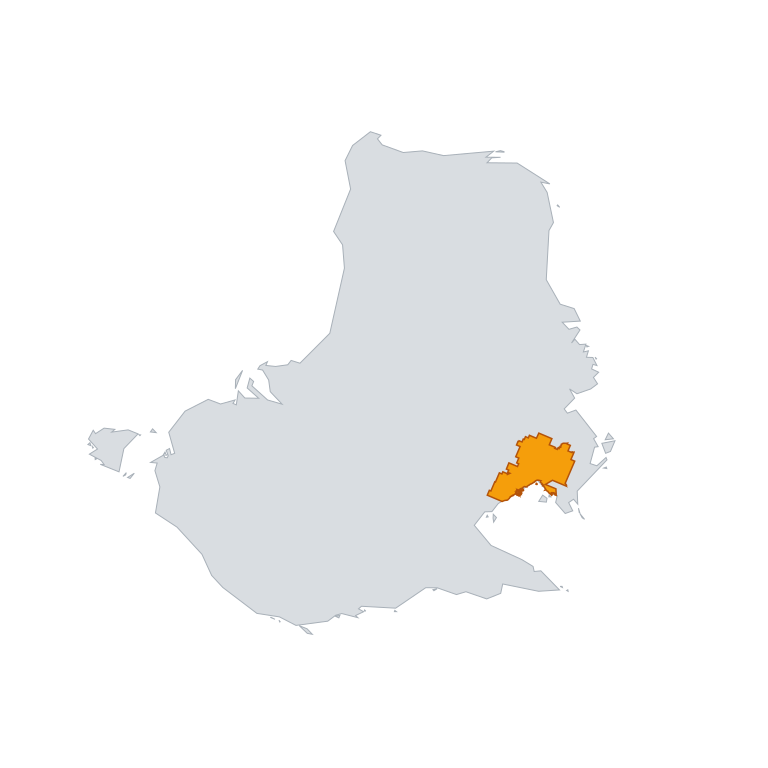 Roper Gulf, Northern Territory, Australia (highlighted), rotated 113°
{"feature_id": "25037944B80645640934935", "entity_name": "Roper Gulf", "entity_type": "district", "adm_level": 2, "iso_a3": "AUS", "parent_name": "Australia", "parent_adm1": "Northern Territory", "projection": "robinson", "projection_center": [136.103, -15.306], "detail": "fine", "context": "in_parent", "style": "filled", "palette": "amber", "viewbox_px": 768, "rotation_deg": 113, "n_neighbors": 0, "source": "geoboundaries", "source_scale": "gbopen_adm2", "svg_char_len": 9337}
<svg xmlns="http://www.w3.org/2000/svg" viewBox="0 0 768 768"><g transform="rotate(113 384 384)"><path d="M514.4,160.7L521.7,196.6L531.1,194.8L541.7,205.5L543.2,227.4L549.5,235.0L550.8,255.4L555.2,266.0L585.8,285.7L597.4,317.9L600.9,319.6L601.6,313.8L608.2,319.7L609.3,316.8L611.8,333.2L615.7,338.1L624.3,343.1L640.6,370.7L639.2,389.2L644.8,411.4L634.3,452.8L627.6,467.8L611.9,485.0L596.6,518.7L592.0,544.0L566.3,550.1L553.3,561.0L545.4,561.9L547.4,568.2L535.5,559.1L537.3,557.0L536.6,554.7L534.3,554.6L530.1,558.6L527.2,556.2L532.3,552.4L529.6,549.6L512.5,563.3L486.7,556.5L466.8,539.8L466.3,526.7L456.9,514.9L460.9,515.4L460.9,511.8L447.2,515.4L451.3,506.6L446.1,493.8L441.1,508.4L431.0,509.8L432.6,505.0L437.3,504.9L444.2,484.9L442.4,469.9L435.5,485.7L425.4,491.7L418.6,501.2L419.6,506.0L415.6,505.3L409.0,500.0L413.1,500.0L410.2,490.6L403.9,480.1L398.6,478.7L397.7,469.5L358.5,453.7L292.8,465.7L272.1,476.5L263.3,490.0L217.6,490.9L193.6,507.1L176.7,506.1L157.1,495.1L156.2,484.0L160.9,485.8L164.6,479.1L163.4,456.7L154.4,439.7L150.5,418.4L126.8,374.0L135.4,378.8L129.8,365.3L133.7,373.2L140.1,375.6L128.6,347.8L135.0,309.5L136.9,318.5L143.9,308.7L169.2,291.1L178.3,292.1L224.6,275.4L241.7,253.0L240.3,238.4L249.4,227.9L257.5,244.1L261.4,235.1L256.2,228.7L257.7,224.7L273.0,227.4L268.2,225.8L271.3,219.4L268.4,213.7L276.6,213.0L273.6,208.8L280.3,208.1L278.0,202.1L283.8,195.2L284.3,199.3L289.0,198.8L289.3,191.0L296.1,193.8L300.4,187.5L307.8,191.8L317.6,202.6L316.0,211.3L322.5,203.0L336.5,208.4L339.2,203.8L333.0,197.2L349.2,167.8L352.4,169.7L358.0,162.4L359.9,165.5L376.7,163.2L376.1,156.1L364.9,150.9L366.7,149.1L407.1,164.3L418.9,158.7L416.0,164.5L421.0,167.7L427.0,160.7L432.4,166.6L426.0,179.7L418.9,180.9L419.3,190.4L412.7,205.2L449.3,232.1L459.3,234.8L462.3,241.3L478.8,245.7L490.8,222.4L491.8,188.3L493.7,175.5L497.9,172.5L494.7,166.6L505.0,142.0L514.4,160.7ZM526.0,590.9L545.1,598.2L568.4,593.6L568.8,613.8L567.5,610.2L564.9,614.5L563.7,627.8L555.8,622.3L550.1,634.5L540.2,633.6L542.4,630.1L534.0,624.4L530.9,614.0L534.7,615.9L526.2,601.6L526.0,590.9ZM346.0,149.2L357.6,149.2L361.2,152.9L353.5,160.3L346.0,149.2ZM426.7,519.5L446.4,519.0L438.0,522.3L426.7,519.5ZM429.3,188.4L431.6,195.7L424.3,194.5L425.5,189.3L429.3,188.4ZM639.6,367.5L639.4,359.2L642.4,352.2L643.5,357.2L639.6,367.5ZM563.7,579.0L570.1,580.8L570.2,583.5L563.7,579.0ZM344.8,151.4L348.9,158.6L341.5,158.2L344.8,151.4ZM519.4,580.3L515.7,579.5L517.8,574.7L519.4,580.3ZM468.3,229.1L464.8,231.2L461.2,232.5L463.0,228.3L468.3,229.1ZM126.7,372.1L123.7,368.0L123.2,364.3L123.7,364.1L126.7,372.1ZM568.6,586.3L571.0,588.2L566.3,586.6L568.6,586.3ZM614.2,334.2L616.9,334.2L616.8,337.9L614.2,334.2ZM551.7,255.1L554.8,257.3L554.2,258.6L551.7,255.1ZM555.3,629.6L555.4,632.9L553.0,631.8L555.3,629.6ZM643.2,392.4L643.2,397.0L642.9,396.9L643.2,392.4ZM375.5,148.9L373.6,146.9L374.8,145.9L375.5,148.9ZM429.7,149.3L426.8,152.9L430.2,146.5L429.7,149.3ZM643.8,386.9L642.5,388.4L643.4,386.7L643.8,386.9ZM433.8,216.3L432.3,217.0L433.1,215.3L433.8,216.3ZM423.5,188.2L421.5,188.6L422.7,186.3L423.5,188.2ZM152.7,291.3L152.2,294.3L151.3,294.1L152.7,291.3ZM501.6,140.2L501.5,142.8L500.7,141.0L501.6,140.2ZM534.3,555.8L534.8,557.4L534.1,556.9L534.3,555.8ZM426.1,154.0L422.3,156.5L426.2,153.3L426.1,154.0ZM278.2,198.5L276.8,200.2L277.7,198.2L278.2,198.5ZM556.8,627.2L555.5,627.8L556.2,626.6L556.8,627.2ZM466.6,237.7L464.5,237.7L465.6,236.2L466.6,237.7ZM270.6,211.7L269.5,212.7L269.4,210.4L270.6,211.7ZM566.4,620.3L564.7,621.2L565.3,619.4L566.4,620.3ZM502.9,133.5L502.7,135.2L501.6,134.4L502.9,133.5ZM533.3,557.9L534.9,559.4L532.2,559.0L533.3,557.9ZM589.5,285.5L588.2,285.6L588.7,283.6L589.5,285.5ZM600.4,313.5L599.6,313.6L600.2,312.0L600.4,313.5ZM526.9,588.5L526.4,589.7L526.0,588.2L526.9,588.5Z" fill="#d9dde1" stroke="#a8b0b8" stroke-width="1"/><path d="M446.0,229.4L444.3,227.7L443.3,226.2L443.1,225.6L442.7,225.3L442.5,224.8L441.9,224.7L440.5,224.0L440.0,223.8L440.3,223.9L439.5,223.9L438.6,223.4L438.4,223.5L438.1,223.2L437.7,223.1L437.9,223.2L438.0,223.3L437.9,223.2L437.9,223.3L436.9,222.6L437.0,222.6L436.3,221.5L435.7,221.3L435.1,220.9L434.1,220.5L433.6,220.2L433.0,219.4L433.1,219.5L432.8,219.5L432.7,219.1L432.6,219.3L432.6,219.5L432.2,219.5L431.9,219.8L431.9,220.1L432.3,220.3L431.8,220.4L431.6,220.2L431.6,220.3L431.5,220.2L431.3,220.2L431.0,220.1L431.1,219.9L430.8,220.0L430.7,219.8L430.3,219.9L430.3,220.0L430.2,219.9L429.9,220.1L430.0,219.9L430.0,219.7L429.5,220.3L429.2,220.3L429.0,219.9L429.3,219.5L429.3,219.2L428.7,218.6L428.8,218.4L428.7,218.2L428.3,218.2L428.5,218.1L428.4,218.0L428.3,217.9L428.8,218.0L429.4,216.8L429.1,216.8L429.0,216.6L428.8,216.6L428.8,216.4L428.7,216.3L428.6,216.5L428.3,216.4L428.0,216.9L427.6,217.2L427.2,217.3L427.3,217.5L427.2,217.6L427.0,217.4L426.9,217.3L426.0,216.3L425.3,215.7L424.4,215.5L424.2,215.4L424.1,215.7L424.1,215.2L423.7,214.9L423.4,214.4L423.4,213.8L423.1,213.1L423.0,212.6L422.6,212.4L422.7,212.2L422.1,212.2L421.6,211.8L420.8,211.4L420.6,211.1L419.7,210.6L418.9,210.1L418.1,209.1L416.6,208.1L416.3,208.1L416.0,207.7L415.6,207.5L415.4,207.1L415.2,207.0L414.8,207.1L414.4,207.0L414.0,206.6L413.8,206.6L413.4,206.2L413.1,206.0L412.4,205.0L412.4,204.7L412.2,204.4L412.2,204.1L412.0,203.5L412.0,202.9L411.8,202.2L412.1,202.4L412.6,201.8L412.9,201.5L413.1,201.3L413.3,201.5L413.6,201.1L413.9,201.1L413.7,201.0L413.6,200.7L413.8,199.8L414.1,199.4L414.2,199.1L414.5,198.9L414.5,198.6L414.9,197.7L415.0,197.8L415.1,197.6L415.4,197.6L415.6,197.7L415.5,197.3L416.4,195.8L416.0,195.4L416.3,195.6L416.6,195.5L417.2,194.7L417.2,194.8L417.5,194.8L418.3,194.1L418.6,194.2L418.3,193.8L418.5,193.0L418.5,192.8L418.7,192.5L418.8,192.0L418.7,191.2L419.1,190.7L419.3,190.6L419.5,190.1L419.8,189.8L419.8,189.2L420.1,188.8L420.0,188.2L420.1,187.8L420.4,187.5L420.4,187.1L420.6,186.8L420.6,186.6L420.9,186.4L421.0,186.2L420.6,186.0L420.4,186.2L420.2,186.1L420.3,186.6L420.1,186.7L420.0,187.0L419.7,187.0L419.6,187.3L419.3,187.5L418.8,187.6L418.3,187.0L418.3,186.9L418.4,186.7L418.9,186.5L418.7,186.2L418.3,186.4L418.1,185.7L417.8,185.5L417.7,185.2L417.8,184.8L418.2,184.8L418.1,184.3L418.0,184.1L418.1,183.5L418.1,183.0L418.2,182.8L418.5,182.7L418.8,183.3L419.0,183.4L419.0,183.0L419.2,182.9L419.3,183.1L419.5,182.4L419.4,182.5L418.9,182.6L418.8,182.4L418.9,182.1L413.3,184.8L413.4,196.2L406.8,191.3L406.8,176.4L406.5,176.8L405.9,176.4L405.6,176.7L405.6,177.0L405.3,177.5L404.9,177.8L404.7,178.4L380.5,178.3L380.5,182.4L372.9,182.4L372.9,182.8L372.7,182.8L372.9,183.0L372.9,184.3L373.7,184.3L373.7,188.5L367.7,188.5L367.7,191.9L366.7,191.9L367.2,192.6L367.4,193.4L367.9,194.1L368.0,194.8L368.3,195.2L368.4,195.7L369.2,196.6L369.6,196.6L370.3,197.3L371.1,196.9L371.8,197.1L372.5,196.8L372.5,197.0L372.9,196.7L372.7,196.3L373.3,196.8L373.1,197.5L373.4,197.9L373.6,198.0L373.7,197.8L373.9,198.0L373.9,197.6L375.1,197.6L375.1,198.9L376.5,198.9L376.5,201.6L376.3,201.5L376.2,201.2L375.8,201.0L375.4,201.8L375.4,208.1L368.7,208.1L368.7,222.3L374.4,222.5L374.4,230.1L377.2,230.1L377.2,233.2L380.2,233.2L380.2,234.3L383.4,234.3L383.5,237.5L384.1,237.5L384.4,237.7L384.5,238.2L388.4,238.2L388.4,234.3L399.5,234.3L399.5,231.0L404.8,231.0L404.8,228.9L407.8,228.9L407.8,238.2L414.5,238.1L414.5,235.6L417.0,235.6L417.0,233.2L419.1,235.1L418.4,235.6L418.4,240.3L420.7,240.3L420.7,243.1L430.7,243.1L430.7,243.8L440.7,243.8L440.7,245.5L446.0,245.5L446.0,229.4ZM432.2,217.4L432.4,217.4L432.3,217.1L432.5,217.3L432.7,217.0L432.8,217.2L432.7,217.4L432.8,217.4L432.6,217.6L432.8,217.6L432.7,217.8L432.9,217.7L432.9,218.2L433.2,218.4L433.5,218.3L433.6,218.6L433.5,218.9L434.0,219.0L434.0,218.9L434.3,218.5L434.4,217.9L434.0,217.7L434.1,217.0L434.0,216.3L434.1,216.2L433.8,216.1L433.9,215.7L433.7,215.9L433.4,215.8L433.3,215.5L433.4,215.4L433.1,215.1L432.9,215.1L433.0,215.7L432.7,215.9L432.8,216.2L432.9,216.4L432.6,216.3L432.6,216.0L432.5,215.9L432.3,216.2L432.2,216.2L432.3,216.3L432.2,216.6L431.9,216.6L432.2,216.7L432.2,217.1L432.3,217.2L432.2,217.4ZM428.0,214.7L427.9,214.2L427.5,214.0L427.3,214.3L426.8,214.3L426.6,214.5L426.7,214.8L426.7,215.0L426.6,215.7L426.4,216.0L426.8,216.2L427.0,216.1L427.1,215.9L427.4,216.1L427.6,216.0L427.7,215.7L427.8,215.7L427.7,215.1L427.8,214.8L428.0,214.7ZM429.9,215.9L429.5,216.1L429.6,216.4L429.5,216.5L429.6,216.8L429.7,217.0L429.4,217.4L429.4,217.6L429.6,217.8L429.7,217.6L430.1,217.5L430.4,217.2L430.4,216.9L430.1,216.9L430.2,216.6L430.4,216.6L430.4,216.8L430.6,216.8L430.7,216.7L430.9,216.6L430.8,216.3L430.3,216.0L430.1,216.1L429.9,215.9ZM431.3,215.5L431.5,215.4L431.5,215.2L431.6,215.3L431.8,215.2L431.6,215.0L431.4,214.3L431.4,213.9L431.3,214.1L431.2,214.3L430.9,214.5L430.9,214.8L431.1,215.1L430.8,215.3L430.9,215.5L431.1,215.7L430.9,215.8L431.0,216.0L431.4,215.9L431.5,215.5L431.4,215.6L431.2,215.4L431.3,215.4L431.3,215.5ZM415.8,204.9L416.1,205.0L416.4,204.7L416.8,204.9L416.9,204.5L416.7,204.1L416.6,203.9L416.3,203.9L416.1,204.1L416.2,204.6L415.8,204.8L415.8,204.9ZM430.9,214.8L430.8,214.7L430.3,214.7L430.0,215.0L430.3,214.9L430.4,215.1L430.9,215.1L430.9,214.8ZM430.1,215.5L430.5,215.5L430.6,215.4L430.2,215.2L430.1,215.5ZM414.7,198.9L414.8,199.1L415.0,198.7L414.7,198.7L414.7,198.9ZM428.4,215.4L428.7,215.5L428.8,215.4L428.7,215.2L428.4,215.4ZM430.6,217.5L430.6,217.3L430.8,217.3L430.6,217.2L430.4,217.3L430.4,217.5L430.5,217.5L430.5,217.4L430.6,217.5Z" fill="#f59e0b" stroke="#b45309" stroke-width="1.5"/></g></svg>